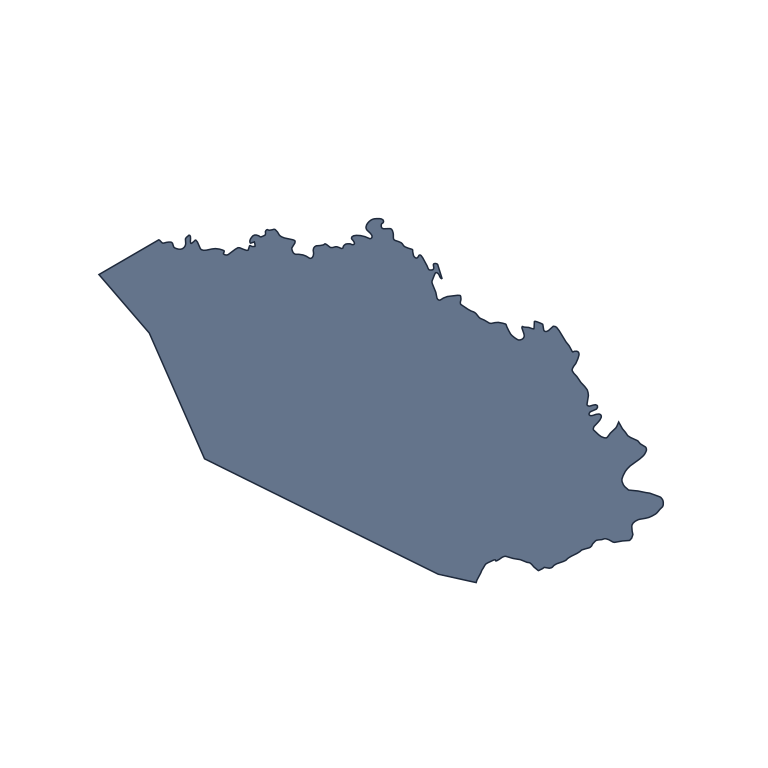 San Matias, El Paraíso, Honduras, rotated 206°
{"feature_id": "27666195B8791216164524", "entity_name": "San Matias", "entity_type": "district", "adm_level": 2, "iso_a3": "HND", "parent_name": "Honduras", "parent_adm1": "El Paraíso", "projection": "albers", "projection_center": [-86.656, 13.953], "detail": "fine", "context": "isolated", "style": "filled", "palette": "slate", "viewbox_px": 768, "rotation_deg": 206, "n_neighbors": 0, "source": "geoboundaries", "source_scale": "gbopen_adm2", "svg_char_len": 6146}
<svg xmlns="http://www.w3.org/2000/svg" viewBox="0 0 768 768"><g transform="rotate(206 384 384)"><path d="M156.4,452.7L156.2,447.9L156.4,446.1L159.0,439.1L159.9,434.3L160.4,433.2L161.4,432.6L162.6,432.2L165.7,431.9L168.9,432.5L175.6,434.6L176.0,435.0L176.4,435.9L176.6,437.9L175.0,442.9L174.2,446.0L174.1,449.1L174.6,450.4L175.2,451.0L176.0,451.4L177.6,451.3L180.1,449.7L182.3,447.5L183.6,446.5L184.8,446.0L186.0,446.2L186.4,446.6L186.7,447.3L186.6,448.9L186.0,449.9L182.1,454.5L181.8,456.4L182.5,457.8L183.3,458.2L184.8,458.1L186.8,456.7L189.5,454.2L190.9,453.8L192.1,454.1L192.6,454.6L195.2,463.2L196.8,465.7L198.6,467.7L199.8,468.4L202.4,469.7L207.7,471.7L213.8,475.2L218.0,476.8L220.6,478.4L221.2,479.4L221.4,481.1L221.2,483.5L220.6,486.5L220.8,491.7L221.4,495.3L221.8,496.4L222.6,497.4L223.7,498.0L225.0,498.0L227.2,496.9L228.3,495.6L229.2,495.8L234.2,499.4L239.0,501.7L249.9,508.7L253.7,510.6L255.4,510.7L257.2,510.1L259.6,504.1L260.9,502.5L262.1,501.9L263.1,501.9L264.0,502.4L267.2,506.9L267.7,507.3L270.2,507.3L273.5,507.0L275.4,506.7L276.1,506.3L276.2,506.0L273.7,500.2L273.6,499.2L275.2,498.7L278.7,498.3L282.4,496.8L283.8,496.4L284.6,496.5L284.9,496.3L284.9,495.5L284.5,494.7L280.3,490.5L279.2,489.0L278.8,488.1L278.8,486.4L279.4,484.9L280.8,483.4L282.4,482.5L284.2,482.5L287.1,482.9L290.1,483.6L292.1,484.4L295.4,486.7L298.6,489.2L300.3,490.9L301.0,491.2L303.9,490.7L308.3,489.5L311.2,487.8L314.1,485.5L315.8,484.9L322.0,485.4L326.2,485.2L327.9,485.6L332.1,487.6L333.7,488.0L335.0,488.1L337.7,487.8L341.5,488.0L349.3,489.1L350.1,489.3L350.7,490.0L351.3,491.1L351.7,493.1L352.1,494.2L353.5,496.4L354.2,496.9L355.2,496.7L356.9,495.9L365.4,490.4L368.3,487.3L370.2,484.2L371.0,483.6L372.0,483.5L372.9,483.7L374.1,484.5L377.6,489.1L384.4,495.2L385.6,496.6L386.0,497.9L386.5,504.5L386.5,506.2L386.2,506.8L385.3,507.2L383.9,507.0L382.6,506.4L380.9,504.9L379.6,504.1L378.5,503.9L378.2,504.4L388.1,514.9L389.0,515.2L390.2,515.0L391.0,514.7L391.9,513.9L392.0,513.4L391.9,512.7L390.2,510.3L390.0,509.5L390.0,508.6L390.4,507.9L391.1,507.4L392.9,506.5L393.8,506.5L394.9,507.1L397.1,509.1L404.5,514.4L407.0,515.7L408.0,515.8L408.7,515.4L409.0,514.8L409.0,513.4L409.5,511.9L410.2,511.3L411.2,511.2L412.8,511.7L413.8,512.4L416.2,515.5L416.9,516.9L417.4,517.3L418.2,517.3L421.9,516.7L425.1,516.5L426.8,516.8L429.1,518.1L430.6,518.5L433.3,518.4L437.0,517.9L438.3,518.1L438.9,518.5L439.6,519.4L441.2,522.6L442.1,523.9L443.7,525.6L445.1,526.4L446.1,526.5L447.4,526.0L452.3,523.4L453.4,523.2L454.3,523.3L455.5,524.3L456.3,526.1L456.3,527.1L455.5,528.5L455.5,529.5L455.8,530.2L456.9,531.1L458.8,531.2L460.5,530.7L463.5,529.2L465.3,528.1L466.6,526.9L467.7,525.4L468.6,523.5L469.2,521.4L469.4,519.5L469.0,517.2L468.5,516.3L467.6,515.4L466.6,514.8L462.1,513.4L460.0,512.2L459.5,511.5L459.1,510.5L459.2,509.8L459.5,509.1L460.4,508.4L465.7,508.1L470.2,507.1L474.0,505.5L476.3,503.9L477.3,502.3L477.3,501.5L477.1,500.7L476.4,500.1L474.5,499.3L472.9,498.3L472.2,497.5L472.1,496.7L472.5,496.0L473.2,495.5L474.0,495.2L475.6,495.2L476.7,494.8L478.5,493.9L479.8,492.9L480.6,491.3L480.9,489.9L480.5,488.4L481.2,487.4L481.8,487.1L484.3,487.0L486.6,486.7L487.9,486.0L489.9,484.2L491.7,483.3L492.6,483.3L496.8,484.2L498.3,484.2L498.7,483.9L499.2,482.8L499.9,482.1L502.2,480.4L505.5,478.5L506.5,476.9L506.8,475.3L506.3,473.2L504.5,470.5L503.8,468.2L503.9,466.3L504.3,465.5L504.9,464.8L506.0,464.4L510.1,464.8L513.4,464.5L517.6,463.2L520.3,461.8L521.9,461.8L523.1,462.2L524.3,463.1L525.6,464.4L526.5,465.8L525.9,471.6L526.3,473.0L526.9,473.7L527.8,473.8L529.1,473.7L537.6,471.6L540.6,471.4L542.1,471.6L543.4,472.0L546.3,473.9L548.1,474.6L549.5,475.1L550.3,475.0L550.9,474.7L552.1,473.6L554.5,471.9L555.2,471.7L556.4,471.7L557.0,471.2L557.4,470.2L557.4,468.9L556.3,467.1L556.1,465.9L557.1,464.4L558.9,462.4L559.7,462.0L561.5,462.3L564.2,461.9L565.7,461.1L566.8,459.7L567.3,457.9L567.6,455.8L567.4,454.1L566.8,452.8L566.1,452.2L565.6,452.1L562.8,454.9L561.3,453.1L560.3,451.3L560.4,451.0L562.4,449.9L563.4,449.7L564.8,449.8L565.3,449.5L565.4,449.1L564.8,444.9L564.9,444.6L565.6,444.1L566.4,443.8L569.8,443.4L573.4,443.2L575.0,442.5L576.7,440.0L580.8,432.0L581.8,431.0L583.5,430.4L585.2,430.5L585.6,431.1L585.6,432.7L585.9,433.4L586.3,433.7L588.2,433.6L591.1,433.1L594.9,431.8L597.9,429.9L602.5,426.3L604.9,425.0L607.0,424.7L608.3,425.1L613.9,429.8L616.1,430.8L616.5,430.7L616.8,430.4L617.4,428.6L618.6,426.1L619.0,425.8L619.4,425.8L620.4,427.0L621.6,429.9L622.7,431.8L623.6,432.4L624.5,432.3L625.9,429.1L626.1,427.7L626.0,427.2L623.7,423.1L623.4,421.9L623.3,420.6L623.5,419.3L624.0,418.1L624.6,417.1L626.0,415.9L627.8,415.1L630.0,414.7L631.9,414.6L633.1,415.0L635.8,417.8L637.1,418.2L638.3,417.9L639.7,417.2L641.8,415.8L643.7,414.1L644.8,413.6L645.6,413.7L648.8,414.9L649.7,414.8L688.2,357.4L617.3,326.9L512.5,238.1L251.9,236.8L214.1,245.9L214.5,248.4L214.2,256.6L214.4,259.4L214.1,262.1L213.9,265.2L213.6,266.8L212.4,268.7L208.3,273.8L207.1,274.7L206.6,274.6L205.9,274.0L205.2,274.5L203.6,276.8L201.8,280.1L200.4,281.7L199.1,282.5L191.4,283.8L184.4,285.9L177.3,286.4L174.7,287.2L172.4,286.7L168.9,285.2L163.8,284.0L163.3,284.0L160.6,287.5L159.6,289.4L154.7,290.9L153.2,292.0L152.4,293.1L151.7,295.5L150.0,298.1L145.1,303.0L143.7,304.7L143.1,305.6L142.5,307.5L141.8,308.8L140.1,311.4L136.1,316.6L134.5,319.2L133.6,321.4L131.0,323.9L127.9,326.6L127.1,327.6L126.4,329.4L126.4,331.6L126.0,333.0L125.2,335.5L124.6,336.6L122.7,338.0L120.0,339.6L118.1,341.5L116.6,342.2L113.7,342.6L108.9,342.3L107.4,342.7L100.8,347.5L94.9,350.9L94.5,351.5L93.8,354.0L94.3,357.8L96.5,360.6L98.9,364.7L99.3,366.2L99.1,368.3L98.1,370.7L96.1,373.4L94.9,374.5L90.4,377.7L87.5,380.1L85.3,382.7L82.9,386.2L82.1,388.1L81.1,392.2L79.8,395.9L80.0,397.7L81.0,399.9L81.9,401.2L83.1,402.3L85.4,403.4L86.6,403.5L97.3,402.4L101.0,401.2L108.8,399.2L117.7,395.9L122.7,397.3L124.6,398.3L127.2,400.6L127.9,401.7L128.5,403.0L128.9,406.4L128.8,411.3L128.1,414.6L126.8,418.4L121.2,428.9L119.4,433.3L119.0,435.1L118.9,437.5L119.0,439.2L119.5,440.4L120.3,441.4L121.3,442.0L127.5,442.6L131.0,444.2L138.9,444.0L142.3,444.4L145.8,446.4L150.1,448.3L156.4,452.7Z" fill="#64748b" stroke="#1e293b" stroke-width="1.5"/></g></svg>